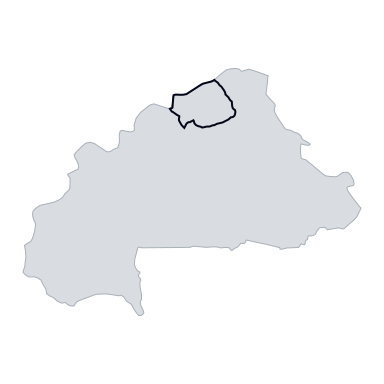 Soum on a map of Burkina Faso (Mercator projection)
{"feature_id": "BFA-2806", "entity_name": "Soum", "entity_type": "Province", "adm_level": 1, "iso_a3": "BFA", "parent_name": "Burkina Faso", "parent_adm1": "", "projection": "mercator", "projection_center": [-1.266, 14.274], "detail": "fine", "context": "in_parent", "style": "outline", "palette": "ink", "viewbox_px": 384, "rotation_deg": 0, "n_neighbors": 0, "source": "natural_earth", "source_scale": "10m", "svg_char_len": 3978}
<svg xmlns="http://www.w3.org/2000/svg" viewBox="0 0 384 384"><path d="M297.4,247.5L286.4,248.0L282.4,249.2L280.0,249.2L279.9,248.2L279.6,247.6L265.7,244.2L256.0,242.2L246.1,240.0L245.6,242.0L244.2,243.4L242.0,243.5L240.6,243.2L239.6,244.8L237.9,246.9L235.6,247.9L233.4,249.2L232.1,250.4L231.2,250.4L229.0,247.7L226.0,247.4L220.4,247.9L217.9,247.1L214.4,246.8L206.3,247.3L193.3,246.2L191.2,246.8L190.6,247.3L177.8,247.5L163.6,247.6L151.8,247.7L141.4,247.8L141.4,247.4L138.1,247.3L137.7,248.2L134.8,259.0L134.4,264.9L136.0,268.6L137.8,270.9L139.7,271.9L139.9,273.2L138.4,274.9L138.5,276.6L140.3,278.4L140.8,280.3L139.8,282.3L140.1,287.1L141.5,294.6L141.5,299.4L140.2,301.7L140.8,305.5L143.4,310.9L143.8,313.1L142.9,314.2L140.8,315.6L138.6,315.5L136.1,312.3L135.0,310.8L133.0,307.5L131.3,304.2L129.0,302.8L126.7,301.4L123.9,297.2L121.3,295.2L118.4,295.8L114.3,295.0L106.0,293.9L97.0,294.2L93.3,295.2L89.7,296.7L80.4,300.1L76.7,301.8L73.9,306.0L70.8,305.9L67.6,304.6L65.6,302.6L61.4,303.1L57.3,301.2L53.3,297.5L50.4,296.3L46.7,293.7L45.7,288.6L43.3,285.1L41.1,280.2L37.9,278.0L34.2,276.8L29.1,277.0L25.7,275.1L23.0,272.2L23.7,269.7L24.9,266.1L25.1,262.7L25.9,257.2L25.4,250.2L24.5,245.4L27.3,243.4L30.6,241.6L32.6,238.3L34.7,230.9L35.6,224.5L34.9,222.1L33.9,220.2L33.0,217.5L32.5,214.1L33.1,211.1L35.6,208.4L38.7,206.2L40.9,205.1L46.7,203.9L54.0,202.2L58.2,200.3L61.3,198.4L63.0,196.9L64.8,193.7L67.6,191.3L69.8,188.9L70.1,182.1L70.1,178.2L68.5,176.1L67.6,174.3L78.4,168.9L78.5,165.2L77.0,161.0L74.9,157.6L74.1,154.7L77.1,151.2L79.7,148.7L81.7,146.5L85.9,143.1L90.4,142.3L94.4,143.5L106.2,151.4L108.3,151.9L110.7,151.3L113.9,149.2L117.9,147.6L119.4,142.3L119.3,134.6L120.2,131.0L122.3,130.4L129.2,131.8L130.9,131.9L132.9,131.4L134.4,130.1L134.3,127.6L134.0,125.4L136.2,118.1L140.3,112.7L148.5,106.0L151.0,104.6L154.0,103.9L168.7,108.6L171.1,107.4L174.7,95.9L178.7,94.8L183.4,94.6L186.5,93.6L188.2,92.8L195.1,88.4L207.5,82.4L214.1,79.8L215.4,78.9L220.2,74.6L226.5,69.8L230.5,68.8L236.0,68.4L239.5,69.2L240.5,70.6L241.6,71.3L248.9,69.2L259.2,72.5L268.2,75.8L267.6,77.8L267.6,81.5L266.8,87.2L265.9,94.1L269.6,98.5L274.1,103.3L275.3,105.2L274.1,109.9L274.9,112.6L277.3,117.2L281.2,123.0L285.3,129.0L288.2,129.8L290.9,130.3L292.5,131.4L294.9,132.4L297.3,133.1L299.4,134.4L300.7,135.7L302.4,139.4L307.0,141.8L310.2,144.2L308.9,145.4L304.9,144.9L301.1,143.9L300.6,145.7L300.5,152.4L301.1,158.1L302.0,158.8L305.8,159.8L314.8,167.2L323.0,174.1L325.8,175.9L330.3,176.5L335.4,176.8L337.5,176.2L342.5,172.7L345.1,172.3L347.5,172.4L348.8,173.0L351.2,175.8L353.4,180.1L354.0,183.3L353.8,185.0L353.0,185.6L349.0,186.4L347.3,187.1L346.8,188.0L347.5,190.1L348.2,191.5L352.6,197.7L359.0,206.0L361.0,208.1L359.9,210.6L356.6,217.1L354.2,219.8L343.5,229.0L338.3,227.9L327.3,229.8L325.6,227.7L323.0,227.4L319.9,227.8L318.7,228.6L318.4,229.5L317.2,230.7L315.2,234.4L313.6,235.3L311.7,235.9L309.3,235.8L307.9,236.3L307.8,238.1L307.4,239.6L305.8,240.4L305.1,242.2L305.2,243.9L304.3,244.7L302.2,244.3L301.0,243.8L299.8,246.0L298.4,247.5L297.4,247.5Z" fill="#d9dde1" stroke="#a8b0b8" stroke-width="1"/><path d="M180.5,94.8L183.5,94.7L186.5,94.1L201.3,84.5L203.1,83.6L211.2,81.6L212.9,80.9L214.4,79.9L215.3,80.9L217.8,82.7L219.8,85.5L221.2,86.4L223.9,90.2L224.9,92.1L225.4,93.3L225.4,94.4L228.5,97.4L229.6,99.4L230.6,100.6L231.3,101.1L231.8,101.6L232.2,106.3L232.8,108.2L233.9,109.4L234.7,109.7L235.1,110.4L235.4,111.9L235.1,113.9L234.5,115.6L233.4,116.7L232.0,117.2L231.5,117.3L230.8,117.3L228.6,119.4L222.5,122.5L217.0,123.8L214.0,125.3L213.0,125.2L209.7,126.5L207.5,126.5L205.6,126.8L203.8,127.3L202.0,127.5L201.8,127.2L200.6,126.7L198.4,126.2L196.0,125.1L194.4,123.3L193.9,121.2L193.4,120.3L189.9,122.1L188.2,122.3L186.5,123.6L184.3,127.9L182.8,126.4L181.4,124.8L179.0,120.5L178.9,118.7L179.3,117.0L179.3,116.2L176.8,114.8L173.2,112.2L171.8,111.5L169.9,108.9L172.0,108.0L172.4,107.7L172.5,107.2L173.3,96.4L173.6,95.2L174.9,94.7L177.0,94.6L180.5,94.8Z" fill="none" stroke="#020617" stroke-width="2"/></svg>